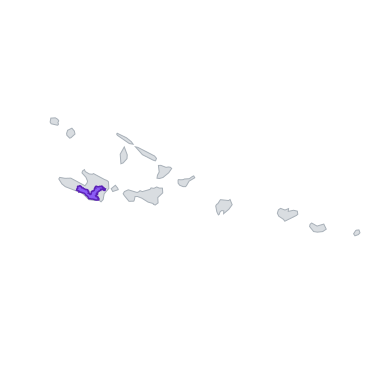 location of West Santo, Sanma, Vanuatu, rotated 309°
{"feature_id": "77236927B51416444743643", "entity_name": "West Santo", "entity_type": "district", "adm_level": 2, "iso_a3": "VUT", "parent_name": "Vanuatu", "parent_adm1": "Sanma", "projection": "orthographic", "projection_center": [166.82, -15.308], "detail": "fine", "context": "in_parent", "style": "filled", "palette": "violet", "viewbox_px": 384, "rotation_deg": 309, "n_neighbors": 0, "source": "geoboundaries", "source_scale": "gbopen_adm2", "svg_char_len": 6662}
<svg xmlns="http://www.w3.org/2000/svg" viewBox="0 0 384 384"><g transform="rotate(309 192 192)"><path d="M126.5,89.1L129.5,104.9L132.9,104.8L134.7,104.0L136.7,100.3L137.6,94.5L139.4,93.7L141.7,94.3L140.7,96.2L141.4,100.8L143.1,103.4L144.3,103.8L146.6,116.0L147.4,118.5L147.4,120.6L142.5,125.1L135.3,124.9L130.2,127.7L127.1,127.5L127.1,124.4L124.4,122.0L121.2,116.7L122.0,107.5L116.4,90.2L116.4,85.9L118.3,80.3L120.1,80.0L122.7,84.7L126.5,89.1ZM157.1,149.7L159.2,150.7L160.3,150.7L161.0,153.1L167.6,157.7L169.4,157.6L170.9,160.1L173.7,161.4L174.4,164.0L176.4,166.6L172.9,169.8L166.1,168.9L162.2,172.5L158.7,171.6L158.1,169.7L158.6,169.1L156.5,164.2L155.6,156.8L154.2,152.5L152.6,150.6L149.5,152.2L148.2,152.5L145.1,148.9L146.6,141.7L147.3,139.6L149.8,139.2L153.6,141.1L157.1,149.7ZM243.4,285.9L241.3,288.2L239.5,287.9L227.7,282.5L228.3,280.3L227.8,274.7L229.2,271.7L232.5,270.4L235.0,271.1L236.5,275.6L239.9,277.5L237.5,279.0L241.7,282.4L243.4,285.9ZM203.9,218.9L208.4,225.8L210.1,226.3L207.4,231.2L201.7,231.5L195.0,230.2L197.4,228.6L196.2,226.7L194.2,226.3L191.8,227.2L190.8,226.9L192.3,223.7L196.0,219.3L197.1,219.0L198.1,219.0L199.1,219.4L203.9,218.9ZM197.5,161.4L192.3,161.8L185.0,160.3L182.0,158.2L180.7,156.1L183.3,154.6L186.9,153.9L191.5,149.2L193.1,151.0L194.8,156.3L196.6,157.9L197.6,159.6L197.5,161.4ZM250.0,314.6L247.6,319.7L243.5,318.5L239.7,314.7L237.8,311.4L239.2,305.1L241.2,304.1L243.2,304.5L244.2,310.6L250.0,314.6ZM193.8,143.9L193.1,143.9L192.3,141.7L189.8,130.0L191.5,119.6L192.6,121.8L196.4,140.2L195.8,143.2L193.8,143.9ZM204.2,182.5L205.6,183.2L204.8,185.2L198.6,182.9L193.5,183.7L192.1,183.6L190.6,181.8L189.5,178.2L190.1,175.7L192.2,173.9L193.0,173.6L194.6,175.8L196.0,177.3L197.4,178.0L200.6,181.5L204.2,182.5ZM180.1,118.3L177.0,120.5L171.3,120.2L169.2,119.0L176.2,112.4L184.4,111.0L180.1,118.3ZM165.3,62.2L163.4,64.6L158.1,63.8L156.9,63.1L157.3,59.1L158.6,57.7L161.7,56.5L166.0,58.5L165.3,62.2ZM160.9,45.3L160.2,45.7L159.2,45.4L156.4,39.6L157.1,37.7L160.6,35.8L163.6,39.1L163.9,40.8L163.9,42.3L163.4,43.7L161.4,44.2L160.9,45.3ZM192.9,113.2L192.1,116.2L190.2,112.8L189.1,98.3L189.6,97.0L190.6,96.9L192.9,107.0L192.9,113.2ZM267.6,345.6L266.0,348.2L263.6,348.1L260.5,346.2L261.2,343.9L264.7,343.5L265.7,343.7L267.6,345.6ZM148.2,131.9L147.4,133.2L142.5,130.1L143.7,127.1L149.0,128.2L148.2,131.9Z" fill="#d9dde1" stroke="#a8b0b8" stroke-width="1"/><path d="M139.8,118.3L139.7,118.0L139.6,117.9L139.4,117.8L139.1,117.7L138.9,117.7L138.7,117.4L138.6,117.1L138.4,117.0L138.2,117.0L138.1,116.6L137.9,116.6L137.8,116.4L137.6,116.3L137.5,116.2L137.3,116.1L137.2,116.0L136.9,115.8L136.8,115.4L136.4,115.0L136.4,114.8L136.5,114.6L136.4,114.3L136.1,114.0L136.1,113.8L135.9,113.7L135.6,113.8L135.5,113.7L135.4,113.7L134.8,113.7L134.7,113.9L134.6,114.0L134.4,114.2L134.4,114.3L134.3,114.2L134.2,114.1L133.9,114.0L133.7,113.9L133.4,114.0L133.1,114.3L132.8,114.3L132.7,114.4L132.7,114.6L132.4,114.7L132.2,114.8L132.1,114.7L131.8,114.9L131.7,114.8L131.2,114.9L130.8,114.8L130.6,114.3L130.4,114.4L130.2,114.3L130.0,114.2L129.9,114.1L129.7,113.8L129.5,113.7L128.6,113.7L128.4,114.2L127.6,114.5L127.3,114.7L126.9,114.9L126.6,114.6L126.4,114.6L126.0,114.5L125.9,113.9L125.9,113.7L126.0,113.6L126.3,113.4L126.1,113.2L126.2,112.9L126.1,112.7L126.4,112.7L126.4,112.4L126.5,112.2L126.4,112.1L126.5,112.1L126.5,111.9L126.9,111.6L127.1,111.7L127.3,111.5L127.4,111.4L127.5,111.3L127.3,110.8L127.6,110.7L127.6,110.4L127.5,110.2L127.9,109.8L128.0,109.6L127.9,109.5L127.9,109.2L127.8,108.9L127.6,108.8L127.5,108.6L127.4,108.4L127.4,108.1L127.1,107.7L126.9,107.7L126.8,107.3L126.9,106.6L126.8,106.3L126.7,106.1L126.5,105.7L126.5,105.4L126.5,105.2L126.7,104.9L126.4,104.6L126.3,104.3L126.3,103.9L126.2,103.9L126.0,103.7L125.9,103.5L126.0,103.4L126.3,103.4L126.4,103.2L126.5,102.9L126.6,102.7L126.4,102.5L126.4,102.3L126.3,102.2L126.4,101.8L126.5,101.6L126.5,101.4L126.3,101.0L126.2,101.0L126.1,100.8L125.7,100.8L125.4,100.7L125.3,100.4L125.1,100.2L124.8,99.8L124.5,99.6L124.4,99.6L124.1,99.7L124.0,99.9L123.8,100.0L123.7,100.1L123.5,100.4L123.3,100.4L123.1,100.4L122.8,100.5L122.7,100.8L122.4,100.6L122.1,100.6L121.9,100.6L121.6,100.8L121.4,100.9L121.3,101.0L121.1,101.1L120.8,101.1L120.9,101.4L121.0,102.0L121.4,102.7L121.4,102.9L121.4,103.0L121.5,103.3L121.5,103.5L121.4,103.6L121.5,103.6L121.6,103.9L121.5,104.0L121.4,104.2L121.5,104.3L121.5,104.5L121.4,104.5L121.5,104.6L121.5,104.8L121.5,105.0L122.1,106.2L122.3,106.9L122.5,107.1L122.5,107.3L122.5,107.5L123.0,108.4L123.2,109.1L123.2,109.8L123.1,110.1L123.0,111.0L122.7,111.6L122.8,111.9L122.8,112.3L122.8,112.7L122.9,113.5L122.7,114.2L122.6,114.3L122.6,114.5L122.2,115.1L122.0,115.5L122.0,115.8L122.0,116.3L122.1,116.5L122.5,116.7L122.6,116.9L122.8,117.2L123.0,118.0L123.3,118.4L123.6,118.7L124.0,119.3L124.1,119.6L124.3,119.9L124.4,120.1L124.6,120.4L124.7,120.7L124.9,121.5L125.4,122.5L125.5,122.7L125.8,122.9L126.0,123.4L126.5,123.6L126.6,123.8L126.7,123.7L126.9,123.8L127.0,123.9L127.1,124.0L127.1,124.4L127.3,124.5L127.5,124.4L127.7,124.1L127.8,124.1L128.1,124.0L128.2,123.9L128.3,123.5L128.3,123.3L128.5,123.1L128.6,122.8L128.4,122.7L128.5,122.6L128.7,122.3L128.7,122.2L128.8,122.1L128.8,121.9L128.7,121.9L128.8,121.8L128.7,121.7L128.7,121.4L128.7,121.0L128.6,120.8L128.5,120.4L128.3,120.4L128.2,120.4L128.3,120.2L128.5,120.1L128.3,119.8L128.4,119.7L128.4,119.4L128.6,119.4L128.8,119.6L129.2,119.6L129.2,119.8L129.3,119.7L129.6,119.6L129.8,119.5L130.0,119.6L130.3,119.6L130.2,119.7L130.4,119.7L130.4,119.8L130.5,119.8L130.4,119.9L130.5,120.0L130.6,119.7L130.4,119.6L130.4,119.3L130.3,119.2L130.2,119.0L130.3,118.9L130.6,118.8L130.8,118.7L131.0,118.8L131.2,119.0L131.3,119.1L131.5,119.3L131.6,119.2L131.6,119.3L131.8,119.4L132.0,119.4L132.1,119.2L132.3,119.0L132.5,118.9L132.6,119.0L132.8,118.9L133.0,118.9L133.7,119.0L133.9,119.0L134.2,119.2L134.3,119.4L134.7,119.4L134.8,119.5L135.2,119.6L135.9,119.6L136.1,119.7L136.1,119.9L136.3,119.8L136.5,119.7L136.8,119.6L137.0,119.7L137.0,119.8L137.0,119.7L137.1,119.8L137.1,119.7L137.1,119.9L137.1,120.2L137.1,120.3L137.3,120.6L137.5,120.3L137.8,120.4L137.7,120.6L137.7,120.8L138.0,121.0L138.0,121.5L138.1,121.9L138.0,122.0L137.9,122.1L137.9,122.3L138.0,122.4L137.9,122.5L138.0,122.6L138.1,122.9L138.2,123.1L138.4,123.2L138.6,123.2L138.6,123.3L138.8,123.3L138.9,123.2L139.3,123.0L139.3,122.9L139.5,122.8L139.8,122.7L139.7,122.6L139.7,122.4L139.7,122.2L139.4,121.7L139.5,121.6L139.6,121.3L139.6,121.1L139.8,120.9L139.7,120.8L139.6,120.7L139.7,120.3L139.8,120.1L139.6,119.9L139.7,119.5L139.5,119.4L139.5,119.6L139.4,119.7L139.4,119.8L139.3,119.6L139.4,119.2L139.4,118.8L139.6,118.7L139.7,118.3L139.8,118.3Z" fill="#8b5cf6" stroke="#5b21b6" stroke-width="1.5"/></g></svg>